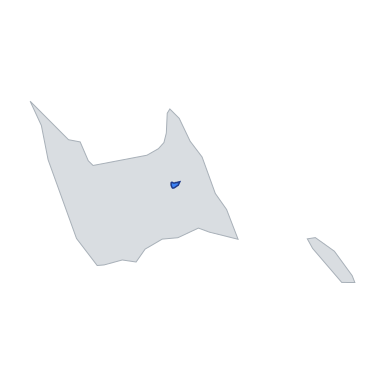 location of Arima within Trinidad and Tobago, rotated 72°
{"feature_id": "TTO-53", "entity_name": "Arima", "entity_type": "City", "adm_level": 1, "iso_a3": "TTO", "parent_name": "Trinidad and Tobago", "parent_adm1": "", "projection": "orthographic", "projection_center": [-61.284, 10.631], "detail": "fine", "context": "in_parent", "style": "filled", "palette": "blue", "viewbox_px": 384, "rotation_deg": 72, "n_neighbors": 0, "source": "natural_earth", "source_scale": "10m", "svg_char_len": 991}
<svg xmlns="http://www.w3.org/2000/svg" viewBox="0 0 384 384"><g transform="rotate(72 192 192)"><path d="M232.6,304.9L200.5,316.2L116.9,318.9L82.2,314.7L55.6,317.9L104.1,293.3L109.8,282.9L130.3,281.0L136.2,277.9L143.1,223.5L140.4,210.5L136.3,203.4L128.0,198.2L109.4,191.2L106.2,187.4L118.0,181.4L143.1,178.1L161.8,171.6L200.6,170.3L219.4,164.5L251.2,162.8L235.6,187.8L228.3,197.1L231.1,219.6L227.6,234.9L231.8,254.2L241.3,266.8L235.1,279.3L234.2,298.1L232.6,304.9ZM283.0,94.7L272.2,96.8L273.5,88.8L292.3,74.9L321.1,65.5L328.4,65.1L324.3,77.5L283.0,94.7Z" fill="#d9dde1" stroke="#a8b0b8" stroke-width="1"/><path d="M178.5,200.4L181.3,203.0L181.6,204.4L182.5,207.3L182.5,208.5L182.2,209.3L181.6,209.5L180.7,209.7L178.9,209.7L177.1,209.1L176.6,208.8L176.5,208.4L176.6,208.0L176.8,207.7L177.6,207.0L177.9,206.5L178.1,205.4L178.1,205.0L178.0,204.7L178.0,204.3L178.1,204.0L178.3,203.7L178.6,203.2L178.3,202.7L178.3,202.2L178.5,200.4Z" fill="#3b82f6" stroke="#1e3a8a" stroke-width="1.5"/></g></svg>